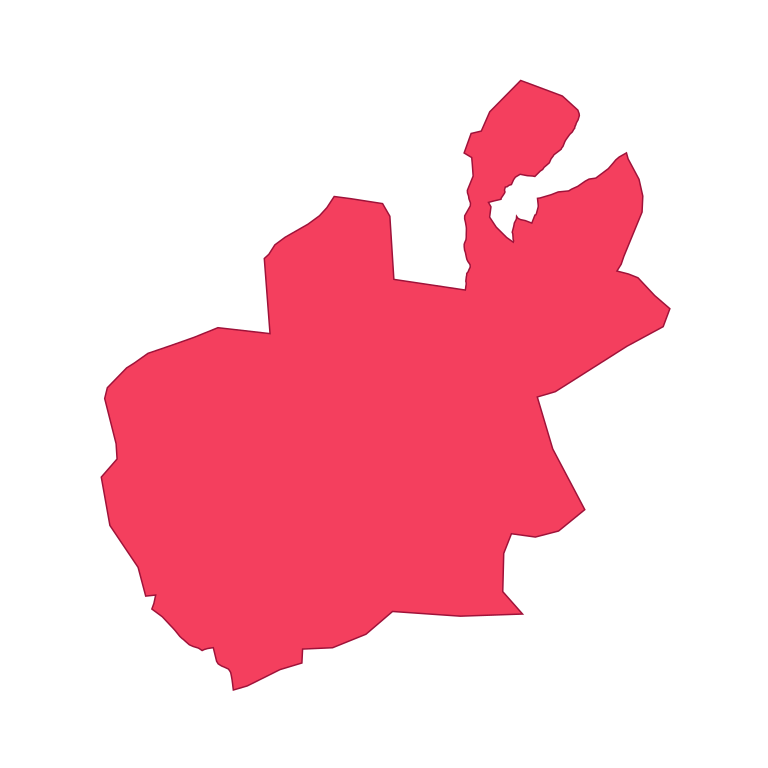 the district of Ido-Osi, Ekiti, Nigeria, rotated 80°
{"feature_id": "59680162B17555212909244", "entity_name": "Ido-Osi", "entity_type": "district", "adm_level": 2, "iso_a3": "NGA", "parent_name": "Nigeria", "parent_adm1": "Ekiti", "projection": "robinson", "projection_center": [5.146, 7.853], "detail": "fine", "context": "isolated", "style": "filled", "palette": "rose", "viewbox_px": 768, "rotation_deg": 80, "n_neighbors": 0, "source": "geoboundaries", "source_scale": "gbopen_adm2", "svg_char_len": 3130}
<svg xmlns="http://www.w3.org/2000/svg" viewBox="0 0 768 768"><g transform="rotate(80 384 384)"><path d="M634.6,287.5L609.1,303.1L571.6,295.5L553.6,284.5L561.0,261.5L559.1,237.6L542.6,208.1L477.3,229.1L423.4,235.3L421.3,216.6L389.0,138.2L376.0,99.1L359.5,89.4L343.9,102.1L323.5,115.4L318.7,123.2L318.0,124.4L313.2,135.0L307.2,129.6L299.9,125.6L259.5,100.0L243.9,96.5L226.7,97.3L204.7,104.5L198.5,105.1L201.3,113.0L203.6,116.9L206.1,119.8L210.9,125.7L215.1,134.0L218.0,139.7L217.8,146.5L219.2,150.7L223.0,158.9L224.6,165.2L225.9,168.6L225.1,179.1L226.6,186.5L227.9,198.1L227.8,200.6L235.0,201.1L236.4,201.4L242.8,204.4L243.8,205.2L243.8,206.0L251.2,210.5L247.6,216.5L245.8,221.0L244.2,223.2L241.9,224.3L244.6,225.0L248.1,227.7L251.1,228.8L255.3,230.7L256.8,231.4L258.5,231.1L262.4,231.5L263.6,231.7L265.6,231.5L266.8,232.1L261.0,237.8L248.9,246.3L238.0,251.0L228.1,247.9L223.3,249.6L222.8,243.8L222.4,236.7L221.3,236.3L218.3,233.4L217.0,232.2L215.9,231.5L214.0,231.7L212.3,230.9L211.1,230.3L211.1,228.4L210.0,226.4L209.7,223.9L205.3,220.9L203.1,218.7L201.1,213.5L203.7,206.8L205.0,201.5L205.8,199.4L201.4,193.1L200.3,190.5L198.4,188.7L196.6,185.6L194.9,182.8L191.3,180.4L188.8,177.7L187.8,176.9L186.4,174.2L184.5,170.5L183.5,168.7L182.4,168.0L181.1,166.5L176.7,163.8L175.1,162.5L170.4,157.7L168.5,154.8L166.4,153.1L165.1,151.7L164.3,151.6L163.2,150.9L162.7,150.8L162.2,150.1L160.9,149.6L159.5,148.6L157.6,147.0L153.6,145.0L151.5,144.9L150.0,145.2L148.0,145.5L131.4,158.3L108.8,196.7L134.3,232.6L151.4,244.0L151.8,244.3L152.4,254.7L170.4,265.0L176.2,258.3L183.1,258.9L194.7,260.1L207.8,268.3L210.3,268.6L213.5,268.1L216.4,268.2L220.8,267.4L223.6,268.1L231.6,274.7L232.3,275.3L235.3,275.9L239.0,275.7L243.1,275.7L244.8,275.8L247.5,276.3L250.8,277.0L253.6,277.5L256.1,278.2L259.0,280.1L260.4,280.8L262.8,281.2L266.2,281.4L268.7,281.0L273.1,280.9L275.0,280.8L275.9,280.7L278.2,280.0L280.3,279.0L281.5,278.5L283.9,278.8L285.9,280.3L286.8,280.9L288.0,281.6L289.4,283.2L289.8,283.4L291.3,283.7L292.4,284.2L295.7,285.2L297.1,285.6L298.1,285.5L299.2,285.6L299.8,285.7L300.5,285.9L301.9,286.4L303.9,287.0L305.6,287.6L283.1,354.9L282.6,356.1L219.8,349.1L206.1,354.1L195.8,384.3L195.6,384.9L190.7,400.5L200.4,409.6L207.1,418.3L213.4,431.1L222.3,455.9L228.0,467.3L236.3,474.9L239.6,480.1L314.6,487.5L299.7,537.8L305.1,563.1L309.4,589.1L312.8,611.1L320.1,626.5L323.4,634.6L339.6,657.1L349.8,661.6L396.3,658.2L411.5,659.9L426.6,678.6L475.7,678.5L521.9,658.0L551.5,655.5L552.2,645.5L560.1,648.7L565.3,651.7L573.3,644.1L574.8,642.7L584.8,636.2L586.7,634.9L587.3,634.5L590.2,632.7L596.0,629.5L597.1,628.9L599.1,627.4L600.0,626.7L600.4,626.2L603.0,624.2L605.0,622.6L607.0,621.0L609.3,617.6L611.7,612.9L612.3,612.1L614.9,609.4L614.2,606.8L614.1,605.4L613.9,604.1L613.9,601.9L614.0,597.9L626.5,597.1L628.1,597.0L628.5,596.8L630.8,595.9L632.2,594.4L633.6,592.8L635.1,590.4L637.7,586.7L640.1,585.6L641.6,585.1L644.7,585.0L649.1,585.0L653.5,585.2L656.9,585.4L659.2,585.5L657.6,571.1L647.2,536.0L644.5,513.3L630.9,510.2L634.8,480.4L627.3,445.2L609.5,415.1L619.5,374.9L625.9,349.1L634.6,287.5Z" fill="#f43f5e" stroke="#9f1239" stroke-width="1.5"/></g></svg>